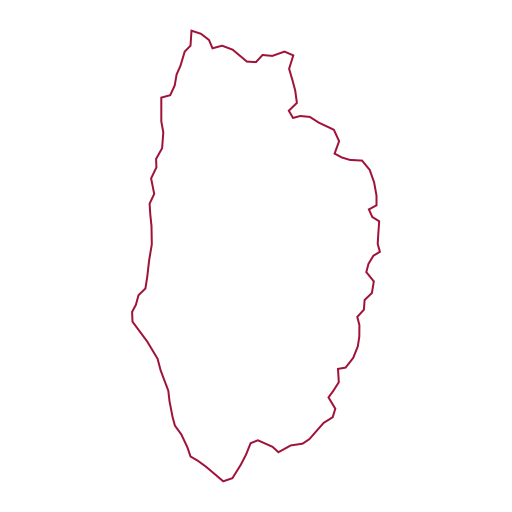 Pitangueiras, Paraná, Brazil
{"feature_id": "56859067B16453032256709", "entity_name": "Pitangueiras", "entity_type": "district", "adm_level": 2, "iso_a3": "BRA", "parent_name": "Brazil", "parent_adm1": "Paraná", "projection": "robinson", "projection_center": [-51.57, -23.208], "detail": "fine", "context": "isolated", "style": "outline", "palette": "rose", "viewbox_px": 512, "rotation_deg": 0, "n_neighbors": 0, "source": "geoboundaries", "source_scale": "gbopen_adm2", "svg_char_len": 1400}
<svg xmlns="http://www.w3.org/2000/svg" viewBox="0 0 512 512"><path d="M206.1,466.8L223.2,481.3L232.4,478.2L240.7,464.9L246.0,454.7L250.6,443.2L257.9,440.3L272.5,446.8L278.4,452.2L290.8,445.4L302.5,443.7L309.3,439.2L323.6,422.9L332.7,417.2L335.3,408.7L328.5,397.4L333.4,390.7L338.8,382.2L338.0,368.9L345.6,367.6L353.2,357.9L357.8,346.4L359.3,336.7L359.4,325.2L357.3,316.9L363.9,309.7L364.6,300.0L371.9,293.0L373.8,281.4L366.3,272.1L368.5,263.8L373.4,255.7L379.9,251.8L377.7,243.9L378.4,232.3L379.2,221.3L372.3,217.0L368.9,209.4L376.5,205.3L376.5,195.6L374.1,182.3L369.7,169.9L362.1,160.6L349.9,159.9L341.9,157.5L334.6,153.6L339.1,141.2L333.9,129.8L318.9,122.7L309.8,116.9L300.3,116.0L293.0,117.9L288.8,110.7L296.9,102.9L295.2,90.5L292.6,80.7L289.1,68.8L293.3,55.4L284.5,51.6L272.3,55.9L262.5,55.0L256.0,62.1L246.9,61.6L239.5,55.4L232.7,49.7L222.1,45.7L212.5,48.3L209.0,40.0L201.0,33.8L191.5,30.7L190.5,45.7L184.7,51.6L180.5,65.7L176.6,74.5L174.7,85.5L170.2,95.2L161.3,97.6L161.3,109.8L161.3,121.3L163.3,132.4L162.1,148.2L156.1,158.9L156.4,167.4L151.1,178.4L154.2,193.9L149.6,203.7L150.3,214.6L151.5,226.1L151.8,244.4L149.2,259.9L147.2,277.1L145.4,288.5L138.5,295.2L135.9,304.8L132.1,311.9L132.5,321.7L147.2,341.5L157.6,358.8L160.6,370.3L168.3,390.7L169.5,401.2L172.5,416.7L174.9,425.6L181.3,434.4L187.4,447.3L190.5,456.5L197.6,460.6L206.1,466.8Z" fill="none" stroke="#9f1239" stroke-width="2"/></svg>